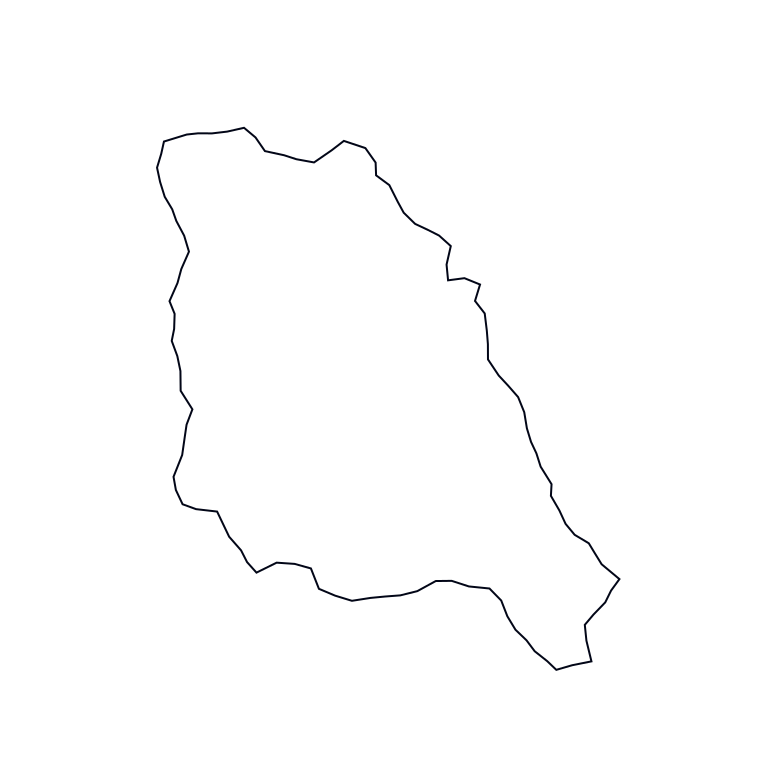 Cuité de Mamanguape, Paraíba, Brazil, rotated 18°
{"feature_id": "56859067B92681913513014", "entity_name": "Cuité de Mamanguape", "entity_type": "district", "adm_level": 2, "iso_a3": "BRA", "parent_name": "Brazil", "parent_adm1": "Paraíba", "projection": "albers", "projection_center": [-35.248, -6.901], "detail": "fine", "context": "isolated", "style": "outline", "palette": "ink", "viewbox_px": 768, "rotation_deg": 18, "n_neighbors": 0, "source": "geoboundaries", "source_scale": "gbopen_adm2", "svg_char_len": 1460}
<svg xmlns="http://www.w3.org/2000/svg" viewBox="0 0 768 768"><g transform="rotate(18 384 384)"><path d="M321.0,602.8L337.1,587.1L354.6,582.7L371.5,582.0L385.4,598.9L402.9,600.4L420.5,600.1L437.3,591.6L450.9,585.7L464.8,580.0L479.7,570.7L494.1,555.4L509.2,550.3L527.3,550.3L547.5,545.9L562.4,553.7L573.1,566.8L585.0,577.1L598.7,583.7L609.9,591.6L625.0,597.2L636.2,602.6L649.9,593.3L667.0,583.7L655.8,565.5L649.4,551.0L654.5,538.5L661.9,523.3L663.8,510.3L668.2,496.8L646.7,488.2L636.8,479.8L628.0,472.2L611.9,468.5L599.9,460.9L589.9,450.1L577.3,438.8L574.3,427.5L558.5,414.2L550.4,402.9L541.7,393.6L533.6,382.0L526.1,367.5L515.6,355.0L502.9,347.4L490.5,340.5L475.3,328.5L470.5,314.0L465.3,301.5L458.0,285.8L444.9,276.9L444.6,259.7L427.8,258.5L412.9,265.6L406.6,251.1L404.9,232.2L390.5,225.8L378.3,223.9L364.1,222.1L349.8,215.0L340.7,206.4L327.6,193.2L312.0,188.0L307.6,176.0L293.4,165.4L270.7,165.2L262.0,177.9L249.0,194.9L231.2,197.3L218.3,197.3L198.8,199.3L185.6,189.2L171.7,183.6L156.9,192.4L143.0,198.8L129.8,203.0L119.3,207.7L99.8,221.4L101.0,233.9L101.3,248.4L108.6,261.0L117.6,273.7L128.6,283.3L136.1,293.1L148.1,304.7L157.6,318.4L155.7,337.3L156.4,351.8L154.4,371.5L163.2,382.0L167.4,396.5L168.8,408.6L178.8,421.3L186.4,434.6L192.7,453.3L209.6,467.3L208.8,483.7L210.8,495.5L214.0,513.9L212.5,537.3L218.8,549.1L229.6,560.6L243.9,561.1L264.7,556.9L283.9,577.1L299.5,586.4L308.8,595.7L321.0,602.8Z" fill="none" stroke="#020617" stroke-width="2"/></g></svg>